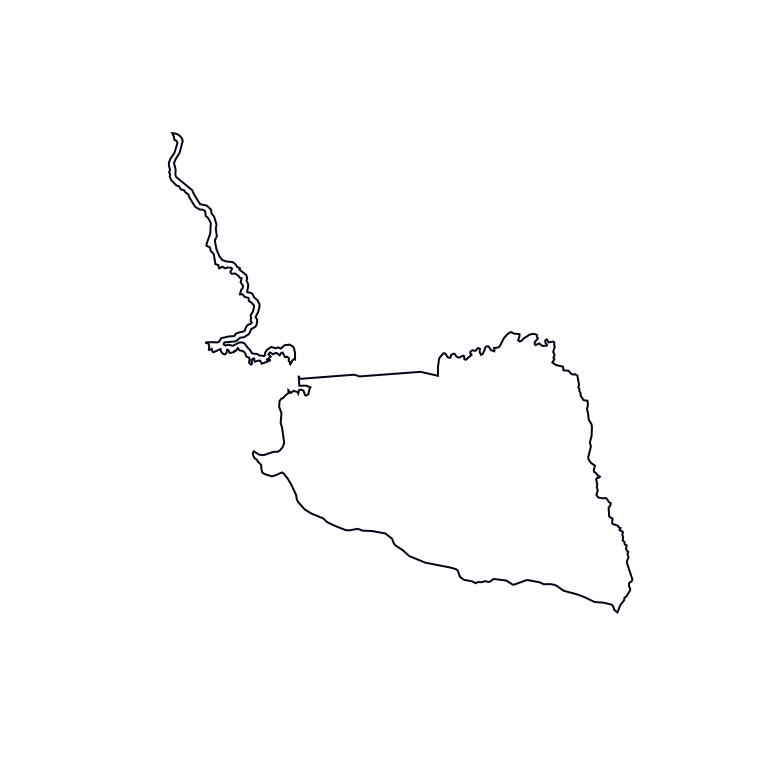 Hatonuevo, La Guajira, Colombia, rotated 224°
{"feature_id": "7082276B24784892913162", "entity_name": "Hatonuevo", "entity_type": "district", "adm_level": 2, "iso_a3": "COL", "parent_name": "Colombia", "parent_adm1": "La Guajira", "projection": "robinson", "projection_center": [-72.67, 11.096], "detail": "fine", "context": "isolated", "style": "outline", "palette": "ink", "viewbox_px": 768, "rotation_deg": 224, "n_neighbors": 0, "source": "geoboundaries", "source_scale": "gbopen_adm2", "svg_char_len": 6140}
<svg xmlns="http://www.w3.org/2000/svg" viewBox="0 0 768 768"><g transform="rotate(224 384 384)"><path d="M431.0,245.0L430.0,242.8L428.8,241.9L425.7,240.7L423.1,241.2L420.1,240.5L416.0,240.5L413.5,237.9L409.9,235.7L407.0,236.4L400.5,239.7L398.7,242.9L396.3,248.7L395.7,249.7L394.6,249.9L387.7,249.1L380.2,247.0L370.3,243.2L366.4,240.3L363.5,239.4L353.9,238.7L346.1,240.4L334.4,245.1L329.1,245.1L321.7,247.5L310.0,252.3L307.2,254.7L302.2,261.7L297.7,263.5L290.5,269.9L279.2,277.4L270.7,278.3L266.3,276.2L263.6,275.8L255.1,277.5L246.2,277.8L230.1,284.2L208.7,298.1L203.6,300.8L201.5,301.1L195.3,298.0L190.6,298.6L183.8,303.1L179.6,304.4L179.1,306.4L175.5,309.9L174.6,312.2L171.2,314.3L170.5,315.3L169.7,319.9L159.6,327.5L152.2,329.1L151.1,329.9L145.3,341.8L143.9,343.2L134.2,349.5L129.9,351.0L125.7,355.3L122.6,357.5L120.2,358.6L111.1,360.1L98.0,367.3L90.5,370.4L81.2,373.4L74.4,379.0L67.3,383.3L64.9,383.3L61.4,381.5L57.4,381.8L60.5,389.4L61.0,395.2L62.5,397.2L62.1,399.5L63.6,406.5L64.3,407.5L67.4,408.8L69.4,411.1L68.8,414.2L69.4,415.9L84.6,423.8L86.2,425.3L87.6,429.1L90.8,430.8L91.7,433.0L93.4,432.8L96.0,434.0L97.3,436.5L99.3,435.8L101.4,437.4L103.6,437.3L105.4,439.7L107.9,441.2L109.2,443.4L110.8,443.4L112.6,442.5L113.3,442.8L113.7,444.7L115.8,443.9L117.2,444.5L122.6,442.1L123.6,442.7L126.0,445.9L130.0,445.1L136.5,451.1L136.8,454.0L138.2,455.8L140.3,455.3L143.9,456.2L145.3,456.0L147.3,453.6L151.0,451.2L154.0,451.6L156.5,456.0L159.6,457.9L160.7,459.8L165.2,462.8L165.4,464.4L164.2,466.4L164.3,467.3L167.0,466.7L169.6,467.3L171.7,466.7L173.2,467.7L175.6,471.8L180.2,471.0L184.6,471.9L186.5,473.5L191.6,482.6L195.4,485.1L198.7,491.0L204.6,497.6L207.2,499.4L211.9,500.5L216.6,504.5L220.4,506.8L222.7,510.5L226.0,513.3L229.3,511.0L234.6,512.3L236.5,514.2L238.3,514.4L240.1,516.2L241.8,516.5L243.0,518.8L250.8,524.4L253.5,523.7L254.2,522.4L256.3,521.4L260.5,521.7L264.5,518.5L267.3,520.8L273.3,517.2L277.8,516.4L278.6,520.2L280.3,520.4L281.0,522.6L282.5,524.0L284.5,524.5L287.1,529.5L288.0,529.7L290.6,532.3L292.0,531.8L294.5,528.2L297.3,529.2L298.2,528.9L298.2,527.4L297.6,526.6L296.4,525.8L293.8,525.3L293.6,524.5L296.7,521.3L300.4,521.1L302.1,517.2L303.0,517.2L304.7,518.8L304.9,523.7L306.8,524.1L307.9,525.5L309.8,525.0L311.7,523.5L313.5,520.8L315.1,514.0L315.2,510.2L316.0,508.8L317.9,508.6L319.7,512.5L321.2,514.0L325.6,510.5L328.4,509.7L329.2,508.8L329.8,505.5L329.7,500.6L326.9,491.3L327.4,489.4L329.9,486.3L327.7,484.9L327.4,484.1L330.7,482.7L334.9,483.7L336.3,482.4L336.6,480.7L335.4,478.8L333.9,474.0L334.5,472.4L337.2,473.3L339.6,476.0L341.5,474.9L341.2,471.4L343.9,469.6L344.2,467.1L343.6,466.2L341.3,465.8L342.0,458.2L343.4,457.7L345.9,459.7L346.8,459.4L348.0,455.7L349.1,454.6L351.2,454.1L354.1,454.7L355.1,454.2L355.9,451.4L354.6,449.2L354.8,448.5L356.8,447.5L361.1,448.5L362.6,447.4L362.2,440.9L357.0,433.7L350.9,427.4L366.1,418.2L407.0,372.3L411.1,370.5L412.7,369.1L448.3,329.0L450.1,330.3L450.5,330.0L443.7,323.9L438.9,328.7L434.6,330.5L433.6,327.6L431.2,324.1L432.1,321.4L433.1,321.2L437.4,323.3L439.8,322.3L440.9,320.6L439.1,317.6L440.5,318.1L444.2,316.4L444.9,312.7L448.4,313.1L446.4,311.0L447.0,307.4L446.8,303.6L447.7,302.2L447.3,299.2L443.5,294.7L437.5,291.8L431.4,284.3L427.0,281.8L414.8,272.2L413.0,268.1L412.7,264.4L413.3,261.5L416.3,258.6L421.1,249.3L424.6,246.5L431.0,245.0ZM465.2,339.9L469.4,344.4L473.7,347.3L475.7,347.7L479.3,346.7L482.5,342.7L482.8,337.9L485.5,336.8L486.6,334.6L490.8,332.3L492.0,327.0L491.2,323.8L489.8,322.3L489.6,321.0L493.6,317.9L496.3,317.4L499.2,314.9L500.8,314.4L504.1,315.5L507.4,315.4L512.1,316.3L514.8,315.5L517.0,313.2L519.3,306.5L523.3,304.1L524.8,301.5L526.7,301.1L527.5,302.0L527.6,303.2L520.8,311.1L520.0,313.3L519.7,317.3L517.2,320.4L515.8,326.2L517.6,331.1L516.3,336.0L516.9,338.3L519.7,342.1L522.9,342.9L524.5,348.3L527.3,353.2L528.9,354.8L533.3,356.4L537.0,356.0L541.4,357.4L544.2,356.5L545.6,355.2L546.6,355.3L549.7,360.1L551.2,361.5L554.8,362.9L555.7,364.9L558.7,366.7L567.5,365.9L568.1,367.2L571.1,366.2L573.6,367.0L577.5,366.6L582.4,362.7L586.4,360.8L591.3,361.6L597.9,364.4L604.2,368.8L605.5,370.0L606.9,374.2L612.7,378.7L615.3,382.4L622.5,386.4L626.2,386.8L629.8,389.3L635.4,389.2L641.3,385.6L652.6,388.5L656.5,390.2L677.6,388.5L679.7,389.9L683.1,393.7L688.6,397.1L690.1,401.1L691.6,408.2L697.6,419.0L700.5,420.5L704.3,420.6L707.7,419.5L710.6,417.3L707.1,416.1L704.3,414.0L702.4,414.7L700.0,413.9L695.4,404.9L694.1,397.7L692.5,393.8L690.3,391.6L686.8,389.5L685.4,386.8L683.3,386.2L682.4,384.4L678.6,382.8L671.3,382.6L668.9,383.8L665.5,382.9L662.2,384.5L660.0,383.9L656.3,384.4L654.0,383.2L643.2,380.3L637.9,381.4L635.6,383.4L632.7,384.1L629.0,381.1L625.3,381.2L620.3,379.4L613.5,371.5L608.8,361.3L607.7,360.1L604.1,361.3L601.1,359.4L596.7,359.2L588.5,353.1L585.7,354.5L583.4,352.8L582.7,352.9L581.8,356.1L578.7,356.8L577.5,359.1L574.6,361.5L573.3,361.4L572.5,358.2L571.2,357.3L570.0,357.6L567.8,360.1L563.8,360.7L561.5,360.2L559.9,361.2L557.8,357.6L553.8,356.8L552.3,355.0L552.1,352.3L549.9,348.4L548.1,350.2L544.6,349.9L541.7,351.6L540.7,351.5L538.9,349.8L536.1,350.5L531.7,350.1L528.8,345.6L527.6,340.6L525.8,339.5L523.9,336.9L521.7,336.3L521.9,333.9L522.6,333.2L523.1,330.9L522.3,327.7L521.2,325.9L521.9,323.4L524.1,320.4L525.6,317.0L525.0,315.2L525.3,314.0L528.1,311.2L532.9,304.0L532.1,300.1L532.5,298.4L539.8,291.8L541.3,289.5L539.2,290.8L537.8,290.9L535.8,289.6L533.7,286.9L533.1,287.2L532.4,289.5L529.7,288.1L528.8,288.3L525.8,295.6L523.9,294.2L520.7,293.9L518.9,294.8L518.9,296.9L520.7,299.6L519.5,300.3L517.1,299.2L516.2,299.5L514.1,302.7L514.7,303.8L513.6,304.7L514.1,308.3L511.2,307.8L508.8,309.5L506.0,310.0L502.0,308.1L499.3,309.3L497.8,308.3L495.9,305.6L493.2,305.5L493.1,307.1L495.9,309.1L495.8,311.5L495.0,312.1L493.3,310.5L492.3,310.4L491.2,312.8L489.4,314.7L485.9,313.8L482.4,321.3L482.5,322.0L483.3,322.1L484.7,320.0L485.1,320.2L484.5,325.0L487.6,324.9L488.0,325.9L487.6,327.7L484.5,328.2L483.4,331.3L482.4,331.8L479.0,332.2L479.5,335.2L478.7,336.2L474.0,334.5L473.4,334.9L473.1,336.1L470.4,336.6L468.7,334.5L466.3,334.2L465.9,333.2L465.1,333.1L466.2,337.2L466.1,339.8L465.2,339.9Z" fill="none" stroke="#020617" stroke-width="2"/></g></svg>